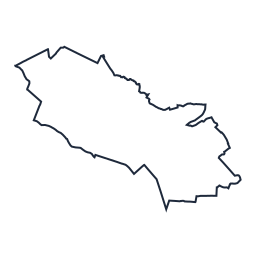 the district of Targusor, Constanta, Romania
{"feature_id": "2599482B96571598729661", "entity_name": "Targusor", "entity_type": "district", "adm_level": 2, "iso_a3": "ROU", "parent_name": "Romania", "parent_adm1": "Constanta", "projection": "orthographic", "projection_center": [28.424, 44.465], "detail": "fine", "context": "isolated", "style": "outline", "palette": "slate", "viewbox_px": 256, "rotation_deg": 0, "n_neighbors": 0, "source": "geoboundaries", "source_scale": "gbopen_adm2", "svg_char_len": 5493}
<svg xmlns="http://www.w3.org/2000/svg" viewBox="0 0 256 256"><path d="M205.5,104.5L205.2,104.5L204.1,104.6L203.7,104.7L202.6,104.6L201.6,104.3L201.4,104.4L200.0,104.3L199.4,104.2L197.3,104.2L196.3,104.0L195.0,104.2L194.4,104.3L193.4,104.3L192.1,103.9L191.4,103.8L191.1,103.7L190.8,103.6L190.5,103.4L190.3,103.4L190.0,103.5L189.4,103.6L188.8,103.7L188.2,103.6L187.9,103.7L187.5,103.8L187.2,103.9L185.8,104.7L185.3,104.9L184.7,105.3L184.4,105.4L183.8,106.0L183.3,106.3L182.8,106.3L182.4,106.1L181.9,106.0L181.4,105.7L181.1,105.6L180.0,105.4L179.4,105.3L178.9,105.3L178.3,105.4L178.0,105.4L177.8,105.4L177.6,105.3L177.6,107.5L170.0,109.7L169.2,107.7L167.7,108.5L167.0,108.9L165.0,109.9L164.7,109.9L164.3,109.9L163.5,109.9L162.7,109.7L162.0,109.3L161.4,109.0L160.8,109.0L159.6,108.4L158.8,108.3L158.4,108.1L157.6,107.6L157.1,107.3L156.1,106.9L155.5,106.5L153.1,104.9L151.0,103.9L150.5,103.8L149.7,103.3L149.6,103.1L149.4,102.5L149.1,101.6L149.0,101.2L149.0,100.7L149.1,100.3L149.5,99.5L148.9,98.7L147.1,97.8L146.5,97.5L147.1,96.3L147.8,95.3L148.3,94.4L146.5,94.8L146.5,94.7L146.4,94.4L146.1,94.1L145.7,93.9L145.3,93.5L144.9,93.3L144.6,93.1L144.0,92.8L142.7,92.7L142.5,92.8L142.3,92.8L141.9,92.8L141.0,92.8L140.7,92.7L140.4,92.6L140.3,92.4L140.2,92.2L140.0,91.9L139.9,91.8L139.1,91.3L139.6,88.4L139.7,87.7L139.7,87.4L139.8,87.0L139.7,86.5L139.7,85.8L139.5,85.3L139.5,85.1L139.4,84.8L139.3,84.1L139.2,84.1L138.9,83.9L138.7,83.9L138.4,84.0L138.2,84.4L138.1,84.5L137.9,84.5L137.2,84.4L136.7,84.3L136.6,84.2L136.4,83.9L136.1,83.2L136.0,82.9L135.8,82.9L135.7,82.7L135.6,82.2L134.7,81.4L134.0,81.2L133.8,80.9L133.6,81.0L133.4,80.8L133.3,80.5L133.2,80.4L132.3,80.2L132.0,80.1L131.8,80.0L130.5,79.0L130.2,79.0L129.9,79.0L129.7,79.2L129.5,79.7L129.1,79.9L128.8,80.0L128.2,80.0L127.9,80.0L127.9,79.8L127.6,79.6L127.4,79.5L127.0,79.4L126.9,79.4L126.8,79.2L126.5,79.0L126.4,78.8L126.1,78.5L125.5,78.4L124.9,78.1L124.9,77.9L124.8,77.4L124.4,77.1L123.9,76.8L123.5,76.7L123.1,76.9L122.6,77.3L122.1,77.1L121.1,77.2L120.2,75.9L119.2,75.9L118.7,75.5L118.1,75.6L117.4,75.3L116.7,75.2L115.3,75.4L114.4,75.3L113.3,72.8L111.7,70.4L110.2,68.5L104.7,59.7L103.0,56.9L104.1,56.7L103.6,55.2L101.0,56.0L97.5,63.1L78.0,53.6L64.3,46.8L64.0,47.1L63.4,47.6L61.0,47.7L60.7,47.7L56.4,52.6L56.0,53.4L56.0,53.5L51.0,58.3L50.8,58.5L49.1,56.9L49.0,56.7L48.0,49.2L47.9,49.2L26.9,59.8L26.1,60.3L25.0,60.8L22.9,61.8L22.2,62.2L21.0,62.9L15.5,65.8L15.4,65.8L15.5,66.1L16.0,66.4L19.1,67.5L19.4,67.6L21.3,69.6L22.2,70.4L23.2,72.5L23.6,73.4L24.4,75.4L24.8,76.4L25.7,77.8L26.5,79.2L28.6,80.7L29.2,81.2L29.3,81.3L29.3,81.7L29.3,81.8L29.4,82.5L29.4,83.4L28.9,84.8L28.1,86.8L27.4,88.4L27.3,88.6L27.2,89.5L27.5,89.6L41.1,101.6L40.3,104.1L40.2,104.5L39.4,105.9L33.8,120.3L36.8,121.2L37.2,121.5L38.4,122.4L38.6,122.5L39.5,123.4L40.2,124.1L41.4,125.0L41.5,125.1L44.9,125.0L45.1,125.0L48.8,125.9L51.0,126.9L52.3,127.7L52.7,127.9L53.1,128.1L53.8,128.5L54.8,129.2L55.8,129.9L57.0,131.0L58.8,132.1L60.7,132.9L62.8,134.7L65.3,137.4L65.9,138.2L66.0,138.5L66.9,138.9L67.1,139.0L67.8,140.8L68.8,142.7L70.5,145.4L71.8,146.6L75.5,147.4L79.3,147.7L80.6,147.9L80.7,148.0L80.9,148.1L83.2,149.9L84.8,151.0L85.2,151.3L85.6,151.5L87.6,152.3L90.1,152.8L90.3,152.9L91.9,154.0L92.0,154.1L92.7,155.3L93.0,155.7L94.2,157.1L94.5,157.3L95.4,154.9L116.9,161.9L122.0,163.7L122.3,163.7L125.6,164.8L127.3,166.1L129.1,167.8L134.0,173.9L142.3,166.4L144.0,165.0L144.3,164.9L148.1,169.4L153.8,176.0L156.6,179.2L160.4,190.8L166.2,209.2L166.4,208.5L166.5,208.5L169.2,200.6L169.4,200.6L174.4,200.9L178.5,201.2L179.7,201.3L180.1,201.2L180.4,201.0L181.1,201.1L182.1,200.8L183.1,200.9L183.6,200.9L183.8,200.9L184.1,201.1L184.5,201.4L186.3,201.5L188.1,201.6L189.3,201.6L191.0,201.7L195.1,202.1L195.3,202.1L195.5,201.9L196.5,196.2L198.1,196.3L200.4,195.9L210.1,195.8L210.6,195.7L213.8,195.8L216.4,195.8L216.8,187.4L217.3,187.4L218.2,186.5L218.8,186.1L219.4,185.5L219.9,185.7L220.3,186.0L222.6,187.1L224.2,187.5L227.0,187.4L228.4,188.3L229.9,184.4L230.1,184.4L230.2,184.0L230.2,183.9L230.4,183.7L230.5,183.6L230.8,183.5L231.3,183.5L232.0,183.6L232.6,183.5L233.6,183.7L234.8,183.7L235.4,183.6L236.2,183.4L236.6,183.3L237.0,183.2L237.3,183.1L237.6,182.9L238.1,182.4L239.1,181.3L239.7,180.7L240.0,180.5L240.6,179.8L240.5,179.3L240.3,179.0L240.3,178.5L240.1,177.7L239.8,177.0L239.5,176.4L239.1,175.8L238.7,175.4L238.4,175.3L237.8,175.2L237.6,175.2L237.4,175.3L237.0,175.3L236.3,175.4L234.8,175.7L234.0,174.8L229.7,169.9L223.1,162.5L218.9,158.0L218.8,157.9L219.1,157.0L219.5,156.3L220.0,156.0L220.5,155.7L221.0,155.2L222.1,154.4L223.2,154.5L223.7,154.4L223.9,154.4L224.2,154.1L224.5,153.5L224.2,151.8L224.6,151.7L228.4,148.7L229.8,147.9L228.5,145.0L228.3,144.6L227.9,143.7L228.2,143.5L226.7,139.6L223.8,134.8L221.8,132.5L220.2,131.7L220.2,131.8L215.4,127.2L216.8,125.8L217.4,125.2L216.9,123.6L214.3,122.3L211.5,117.4L211.6,117.5L211.5,117.3L211.2,117.4L209.3,118.0L208.3,118.2L206.4,118.9L205.8,119.4L203.7,121.6L203.4,121.6L203.0,121.5L202.2,120.9L201.9,120.9L200.7,121.6L198.4,123.0L196.2,124.7L195.7,125.0L194.7,125.4L193.5,125.8L192.5,126.2L192.0,126.3L190.5,125.5L190.3,125.5L189.9,125.7L189.7,125.7L189.3,125.6L186.8,124.9L187.0,124.7L188.5,123.5L189.3,122.8L189.6,122.6L190.0,122.4L190.8,121.9L192.5,121.3L194.1,120.7L195.1,120.3L195.3,120.1L195.8,119.7L197.2,118.7L200.2,116.5L201.7,115.3L202.1,114.9L202.5,114.4L203.0,113.8L203.2,113.3L203.7,112.5L204.5,110.7L204.9,109.9L205.0,109.6L205.1,109.3L205.2,108.4L205.4,105.2L205.5,104.5Z" fill="none" stroke="#1e293b" stroke-width="2"/></svg>